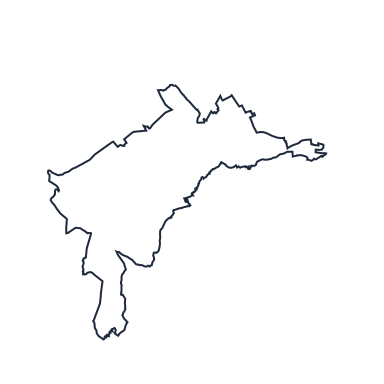 the district of Ciurea, Iasi, Romania, rotated 69°
{"feature_id": "2599482B52104755516417", "entity_name": "Ciurea", "entity_type": "district", "adm_level": 2, "iso_a3": "ROU", "parent_name": "Romania", "parent_adm1": "Iasi", "projection": "robinson", "projection_center": [27.591, 47.068], "detail": "fine", "context": "isolated", "style": "outline", "palette": "slate", "viewbox_px": 384, "rotation_deg": 69, "n_neighbors": 0, "source": "geoboundaries", "source_scale": "gbopen_adm2", "svg_char_len": 6072}
<svg xmlns="http://www.w3.org/2000/svg" viewBox="0 0 384 384"><g transform="rotate(69 192 192)"><path d="M185.5,324.1L185.8,322.6L183.7,313.8L184.2,312.4L185.9,309.1L188.2,307.7L190.1,306.0L192.4,304.8L192.3,304.7L192.9,304.3L193.9,301.5L194.3,301.1L195.2,301.5L207.0,310.5L215.2,314.6L214.9,316.2L215.5,317.2L216.2,317.4L216.2,317.9L216.6,318.5L218.0,318.6L218.7,318.3L220.0,318.9L222.5,321.0L224.9,320.9L225.6,321.5L226.8,321.7L227.0,322.4L229.4,322.3L229.7,322.7L229.6,323.2L229.8,323.3L230.5,321.7L230.7,320.6L230.6,319.8L229.9,318.6L230.4,315.3L232.0,313.9L234.3,312.8L243.2,307.5L254.4,313.6L256.9,314.6L259.2,316.0L260.0,316.2L263.3,318.0L276.5,329.6L277.1,330.5L279.1,330.0L283.9,331.4L287.7,330.9L289.7,331.6L293.2,330.7L298.0,327.4L297.8,326.6L296.8,325.7L296.1,325.7L295.7,325.0L296.9,324.4L297.1,324.0L295.4,323.4L294.8,322.8L295.2,321.6L295.8,321.6L296.2,322.1L296.6,321.4L295.8,321.5L295.5,320.3L293.6,319.6L294.0,318.4L293.2,318.5L292.6,318.1L292.7,316.9L293.3,316.3L291.9,316.6L291.4,316.3L291.4,315.3L291.6,314.8L291.3,314.3L291.2,313.0L293.5,312.6L296.5,314.7L299.7,312.5L299.3,311.7L298.6,311.1L297.8,309.3L296.7,304.6L293.1,302.0L291.6,300.4L291.2,300.3L290.4,298.9L285.7,300.8L282.0,301.2L281.3,300.2L279.9,299.3L279.5,298.4L277.4,296.1L276.7,296.2L276.2,296.1L275.8,295.6L272.0,294.6L267.8,292.6L263.0,293.5L262.8,294.6L262.7,294.9L262.2,295.0L260.0,293.9L260.0,293.7L259.4,293.4L254.4,291.5L253.5,290.9L253.0,291.1L251.4,291.0L251.2,290.7L250.3,290.4L249.1,289.3L246.5,288.4L244.6,287.3L243.4,285.9L243.3,285.2L241.9,283.7L240.6,281.5L236.3,281.3L234.6,281.0L224.5,283.6L220.9,283.8L221.4,283.4L221.5,282.3L221.7,281.8L225.0,279.9L226.4,278.8L229.4,275.5L232.6,273.4L233.6,272.3L239.7,270.0L240.3,268.4L241.6,267.0L242.0,265.6L243.0,264.2L244.6,262.8L245.4,260.9L245.0,259.5L245.4,258.8L246.4,258.2L245.8,256.9L245.9,255.8L243.5,254.2L241.6,251.6L239.4,251.0L237.4,251.0L235.0,249.4L235.3,248.0L236.1,247.0L235.0,244.3L232.0,242.2L229.0,240.5L225.9,239.6L223.9,238.3L219.0,236.6L216.7,235.5L216.1,234.9L215.1,232.8L209.9,227.3L209.2,226.3L209.1,225.4L208.6,224.8L208.0,222.1L208.0,221.8L208.5,221.7L208.3,220.2L207.4,220.1L206.2,217.8L205.4,217.0L205.3,216.5L203.2,216.5L202.5,216.1L202.3,215.6L202.6,213.9L202.5,211.5L202.9,210.5L202.7,210.1L202.9,208.5L203.4,207.2L203.1,206.4L203.7,201.7L203.5,201.0L204.3,199.9L203.8,198.3L202.0,198.8L201.7,199.3L197.4,199.1L197.2,199.6L197.3,200.6L199.3,200.7L199.0,201.2L198.8,201.5L195.2,201.5L195.4,200.6L195.7,195.1L195.1,193.7L195.6,192.3L193.5,192.8L193.0,192.2L193.3,191.2L192.6,190.7L192.8,189.9L192.5,189.8L192.6,189.0L192.1,188.2L191.7,187.9L190.9,188.1L189.9,187.7L189.9,187.2L190.7,186.6L190.0,186.4L190.0,185.6L189.2,185.4L188.9,184.4L188.3,184.2L187.8,183.5L186.7,183.2L186.6,182.3L185.2,181.7L184.5,180.8L183.5,178.7L182.4,178.3L181.9,177.9L181.8,176.8L182.5,176.6L182.8,176.1L183.5,176.1L183.3,175.8L183.1,173.7L182.6,172.7L181.5,171.6L181.5,170.8L181.1,170.2L181.3,169.0L180.0,168.9L179.9,167.7L178.9,166.8L178.8,165.2L178.2,164.8L178.0,164.1L178.4,163.0L177.9,160.6L177.8,158.4L176.9,156.8L175.5,155.3L175.4,155.1L175.7,154.8L174.7,153.9L178.5,150.8L179.2,151.0L181.5,149.5L182.7,148.3L183.5,146.6L183.7,144.1L182.9,141.5L185.3,141.1L184.7,139.4L186.6,138.3L186.4,137.0L187.1,132.9L188.1,133.0L188.4,129.9L189.9,130.7L190.3,131.4L190.7,131.2L191.1,130.4L191.2,129.9L190.9,129.3L190.4,129.0L189.3,127.7L188.7,127.4L188.8,126.7L189.6,126.3L189.5,125.0L189.9,124.2L189.8,123.6L189.5,122.5L188.3,121.7L187.0,120.2L186.9,118.0L186.6,116.8L186.8,115.2L186.7,114.5L188.3,111.7L188.9,109.5L189.4,106.2L189.1,103.7L189.7,101.6L189.4,99.7L188.6,97.2L188.4,96.2L189.0,92.4L188.6,88.7L190.4,83.8L195.0,85.2L195.5,81.8L195.4,80.7L195.9,79.3L196.0,79.4L196.5,77.4L197.2,76.1L199.4,73.3L201.1,71.9L201.4,71.9L203.1,72.9L203.3,72.1L205.7,69.3L205.1,66.2L204.8,66.1L205.9,64.8L205.2,60.4L204.6,58.5L204.8,57.7L205.8,57.7L204.5,53.2L204.1,52.9L203.4,53.9L202.5,56.5L199.2,62.4L196.8,61.3L198.3,58.1L199.0,55.5L198.5,55.2L197.7,53.5L195.2,52.4L194.7,52.6L191.8,56.7L193.9,57.3L191.5,61.9L190.8,62.0L190.3,63.4L185.6,62.3L184.1,66.9L183.4,70.3L183.6,72.6L184.4,74.0L184.6,75.4L184.5,83.0L185.0,84.3L184.9,85.5L185.5,87.2L181.1,86.6L180.9,86.3L178.9,86.9L178.4,86.1L176.7,87.4L175.2,86.7L174.3,86.6L174.2,88.2L171.9,92.8L168.3,97.1L163.4,101.7L161.6,104.1L160.5,106.7L159.8,110.4L156.2,110.6L154.1,111.1L146.2,111.0L143.2,111.2L143.0,105.7L140.8,105.7L140.9,107.9L137.8,108.0L137.8,108.8L137.2,108.7L137.0,112.6L137.2,113.5L129.1,114.4L129.1,117.3L115.9,120.3L116.6,121.9L117.5,130.6L116.1,131.0L112.4,131.1L118.0,138.0L122.8,137.2L123.1,137.3L123.7,138.5L125.1,137.9L127.2,141.4L127.0,141.7L125.8,141.9L125.4,142.5L126.2,144.0L125.8,144.4L123.6,145.2L129.6,152.3L130.5,152.8L129.8,153.4L129.9,153.6L128.1,154.7L128.6,155.3L130.0,154.9L131.5,155.7L129.4,161.8L128.6,162.1L126.5,161.0L125.0,160.0L123.6,158.0L121.6,156.6L117.0,157.4L117.0,158.2L106.2,162.3L103.4,163.8L101.5,164.1L101.0,164.5L98.2,165.2L97.9,165.6L94.2,166.8L90.6,167.5L86.8,169.2L86.8,170.0L85.9,171.3L84.8,172.2L84.3,174.3L85.2,174.9L85.7,176.6L85.8,177.5L87.1,180.2L86.8,181.2L87.1,182.5L85.8,184.0L84.8,187.2L91.4,186.9L101.5,185.4L102.1,184.7L103.4,184.2L108.0,181.3L108.3,188.3L115.1,204.8L117.5,208.3L117.4,209.3L115.1,209.9L115.2,210.2L114.0,212.2L113.0,213.4L118.3,212.7L115.0,224.6L115.1,226.3L118.5,236.5L119.8,236.0L122.5,235.6L122.4,236.0L123.4,237.5L123.7,238.5L124.0,238.9L124.6,238.8L124.6,239.2L124.3,239.3L123.8,240.4L122.4,242.1L123.2,245.2L116.8,247.4L116.8,248.6L122.1,269.1L125.3,275.9L127.5,292.1L127.4,294.9L128.8,300.2L128.5,304.1L129.4,306.9L128.6,309.0L128.7,310.2L127.8,311.6L123.8,315.6L121.7,316.5L120.6,317.8L120.5,318.4L121.4,319.2L122.3,319.5L123.6,319.5L124.6,319.0L125.8,319.1L130.6,321.4L137.5,316.3L140.0,315.5L142.9,315.6L143.4,316.2L141.6,316.8L140.9,317.6L140.8,318.5L142.0,319.5L145.2,320.9L146.8,323.4L147.1,324.7L147.9,326.1L148.7,326.8L149.2,326.9L152.3,326.2L154.2,325.3L159.4,324.2L165.3,322.4L172.0,318.6L172.9,318.7L180.3,322.2L185.5,324.1Z" fill="none" stroke="#1e293b" stroke-width="2"/></g></svg>